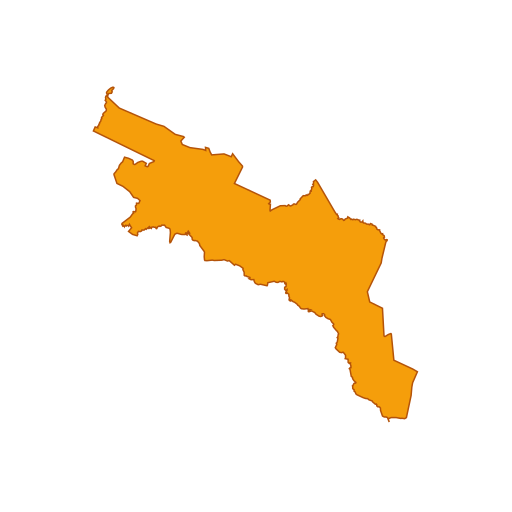 Muhoroni, Nyanza, Kenya, rotated 25°
{"feature_id": "3690345B3784519095047", "entity_name": "Muhoroni", "entity_type": "district", "adm_level": 2, "iso_a3": "KEN", "parent_name": "Kenya", "parent_adm1": "Nyanza", "projection": "orthographic", "projection_center": [35.071, -0.126], "detail": "fine", "context": "isolated", "style": "filled", "palette": "amber", "viewbox_px": 512, "rotation_deg": 25, "n_neighbors": 0, "source": "geoboundaries", "source_scale": "gbopen_adm2", "svg_char_len": 6114}
<svg xmlns="http://www.w3.org/2000/svg" viewBox="0 0 512 512"><g transform="rotate(25 256 256)"><path d="M446.9,350.2L444.6,347.6L446.8,345.3L451.3,343.2L456.0,342.0L456.8,341.4L459.5,340.6L460.6,338.9L455.5,316.8L452.6,308.9L451.5,304.6L451.2,292.7L445.8,292.2L425.0,292.2L411.6,269.5L411.0,269.3L409.1,271.2L407.1,274.3L406.3,274.6L405.6,274.0L392.7,249.9L378.5,249.6L372.0,241.3L372.4,209.4L371.1,204.8L367.9,189.0L367.8,187.3L368.3,186.8L368.1,185.9L367.5,185.9L366.5,186.8L365.9,186.8L364.3,186.1L364.0,185.5L364.5,184.7L363.5,183.4L361.7,183.1L361.3,182.3L360.6,182.8L359.8,182.7L357.3,180.8L357.0,180.1L355.5,180.7L354.1,180.5L353.3,179.4L352.5,179.3L352.0,178.6L349.0,178.6L348.4,178.9L347.8,178.1L346.1,178.2L345.9,179.6L345.4,179.8L344.8,179.5L342.7,180.4L341.5,180.0L339.4,180.6L338.8,180.4L338.0,179.1L337.7,180.5L336.3,181.1L335.1,180.5L334.9,179.7L333.9,180.0L331.9,180.1L330.8,181.1L328.9,181.4L328.6,182.1L328.0,182.3L327.1,182.1L326.6,182.8L324.7,181.9L322.7,181.7L323.0,182.9L321.2,184.8L321.0,186.2L320.4,186.7L319.0,186.0L318.1,186.0L317.2,186.3L316.4,187.5L315.0,187.7L314.5,187.5L315.1,186.9L314.8,186.3L314.2,186.1L313.4,184.9L312.2,184.5L312.0,183.8L311.3,184.2L308.8,182.7L280.7,163.2L277.9,161.8L276.6,164.3L277.4,165.5L277.3,167.2L278.1,167.2L278.4,168.1L278.4,169.1L277.6,169.5L277.3,170.3L278.1,171.4L278.2,173.1L278.6,173.8L277.8,174.0L277.9,174.7L278.0,175.4L278.5,176.1L277.8,177.9L277.1,178.2L277.1,179.0L276.6,179.6L275.7,179.4L275.3,180.5L273.3,181.4L271.9,185.5L272.3,186.1L271.0,189.7L270.8,192.0L270.4,192.4L268.8,192.6L268.0,193.1L267.8,194.1L266.3,196.0L265.6,196.2L263.9,195.8L262.9,197.8L262.0,198.2L261.1,198.0L256.8,200.2L251.0,207.3L249.9,209.2L249.4,208.7L247.2,203.0L246.0,203.4L245.4,203.2L246.2,201.0L245.2,199.4L205.8,199.4L206.2,181.0L205.7,180.2L200.6,178.0L191.6,173.2L191.6,176.5L183.9,177.0L173.1,183.1L170.3,181.0L167.7,178.4L164.3,178.9L165.8,181.6L162.9,181.8L150.3,185.7L142.1,186.1L139.3,183.6L140.8,178.7L139.8,178.4L131.3,179.9L117.8,177.4L109.7,178.6L69.6,179.7L54.7,174.8L53.9,173.6L53.7,171.1L56.2,169.6L56.3,168.0L55.3,167.2L56.2,164.4L56.0,163.4L55.1,163.4L54.6,163.8L53.4,165.2L52.1,167.9L51.4,170.6L51.6,171.4L52.7,172.3L53.0,173.0L52.9,174.3L52.4,174.6L52.6,175.9L53.7,177.5L53.5,178.6L55.3,179.5L55.7,180.4L55.3,181.2L55.3,183.6L56.6,185.1L58.3,186.1L58.9,187.7L57.3,191.4L57.4,192.5L58.3,193.1L57.5,195.5L57.6,196.3L58.2,196.7L57.9,198.0L58.3,199.1L57.9,201.3L58.3,202.2L57.9,203.0L58.3,203.6L57.8,205.6L58.4,206.7L55.7,207.0L55.8,211.4L123.5,212.6L123.6,213.5L120.3,217.2L120.3,220.1L120.1,220.8L119.2,221.1L117.4,221.1L117.4,218.4L113.2,218.0L111.9,218.6L109.3,221.2L107.8,224.0L107.0,224.5L105.7,224.3L104.7,222.1L103.4,221.3L99.2,221.3L95.1,222.0L95.3,227.1L94.6,228.4L93.9,231.5L94.4,235.1L93.7,236.3L93.3,239.1L92.6,241.4L92.9,242.3L99.3,249.0L106.0,249.1L114.4,251.1L120.3,254.6L124.3,253.8L127.5,254.8L127.5,257.9L125.4,258.6L126.1,260.4L125.6,261.6L126.1,262.6L127.4,263.9L128.2,266.6L127.8,267.1L126.4,267.3L125.9,268.1L126.9,268.9L126.3,270.1L125.6,273.9L120.8,283.1L121.1,284.0L122.0,284.0L122.0,284.8L122.8,285.3L123.4,284.6L124.2,285.0L124.0,284.4L124.8,284.1L125.0,283.3L125.7,283.6L125.8,283.0L127.4,282.4L128.0,282.7L127.9,280.8L131.3,283.0L130.1,287.6L135.0,288.6L139.7,287.9L139.7,286.3L138.8,285.2L139.1,283.3L140.7,282.9L141.7,281.7L141.6,280.7L143.6,279.8L144.4,277.9L145.2,278.2L146.1,276.2L147.3,276.4L147.7,275.8L146.7,275.0L146.9,274.4L148.7,275.2L149.5,275.2L149.2,274.1L150.6,273.0L151.6,273.0L153.0,272.3L153.8,273.3L154.4,273.2L154.6,270.9L155.6,269.7L156.4,269.8L157.4,268.8L157.5,267.9L160.1,266.7L162.5,268.1L165.4,267.6L166.4,267.8L167.1,268.5L168.5,270.9L171.6,279.3L172.5,280.3L172.9,279.6L173.2,270.6L174.5,269.0L175.4,268.6L179.3,268.0L182.3,266.7L182.5,266.1L184.6,266.1L184.3,265.6L183.0,265.4L182.6,264.8L183.3,264.4L184.2,264.7L184.9,264.5L184.0,262.8L184.1,262.1L186.3,263.4L186.0,264.2L186.4,264.7L190.2,266.2L191.2,267.9L192.0,268.3L193.6,268.2L194.1,267.7L196.7,267.3L199.4,268.6L200.7,270.3L207.2,273.8L207.7,274.3L209.4,278.6L211.0,281.3L211.6,281.7L213.5,281.0L218.1,278.2L220.1,277.7L226.7,274.3L228.6,272.8L232.3,272.6L233.7,271.5L240.4,273.5L241.0,272.1L245.3,271.8L249.5,272.6L249.9,273.9L252.1,275.7L253.5,278.5L254.4,278.7L255.8,278.1L256.4,278.4L259.6,278.0L259.8,278.8L259.3,279.5L261.5,279.6L264.0,278.3L265.2,279.8L266.4,280.7L267.2,281.0L270.1,281.1L272.0,279.7L278.6,278.3L278.7,277.7L278.0,275.2L283.2,271.2L285.4,271.3L287.0,270.7L288.4,268.9L290.5,268.5L290.9,267.8L291.9,267.4L293.0,267.7L293.9,268.9L294.5,269.0L294.6,267.9L295.2,268.4L296.1,271.0L295.2,272.2L296.0,274.0L297.6,274.7L298.3,273.2L298.6,273.7L298.4,276.6L298.9,277.2L299.5,277.0L299.4,276.2L301.9,276.8L302.7,278.4L303.9,279.5L304.5,281.8L305.1,282.1L306.1,282.3L306.9,281.7L306.2,281.1L306.9,281.1L308.8,281.7L310.6,281.6L314.0,282.4L314.5,282.9L316.4,283.2L318.4,284.4L319.4,284.6L321.9,283.8L325.3,281.7L325.8,282.4L327.7,281.8L326.5,283.3L326.9,284.2L327.5,284.2L329.6,282.3L333.1,282.4L335.0,283.4L338.6,283.9L340.2,283.5L341.2,282.5L341.5,281.9L340.7,281.3L340.4,280.4L341.7,279.7L343.1,280.3L343.3,281.1L345.2,282.1L347.7,282.4L350.3,282.1L352.7,283.9L355.0,284.7L355.4,285.3L355.1,286.8L355.9,287.1L356.3,287.7L360.8,289.8L361.5,289.8L363.8,291.7L363.7,292.6L364.3,294.4L364.1,295.7L365.0,295.8L365.9,299.2L366.0,300.4L365.6,301.1L366.6,302.1L366.6,305.6L367.9,306.4L372.5,307.9L374.5,307.4L375.5,306.4L376.7,306.8L379.1,308.1L380.2,310.5L380.2,311.3L383.1,310.7L384.5,313.5L385.8,313.9L386.1,313.2L386.9,313.0L387.0,313.9L388.4,315.4L389.2,317.0L388.6,317.3L388.2,318.7L389.0,318.9L393.2,324.8L394.7,325.2L395.5,326.4L397.5,327.6L399.9,328.3L400.0,329.1L398.9,329.7L398.6,330.6L398.6,332.3L398.3,333.0L398.8,333.4L399.6,335.1L400.6,335.7L401.3,335.6L402.1,337.1L403.3,337.3L404.9,338.8L406.2,339.1L412.9,339.1L415.7,338.8L417.4,338.1L419.1,338.6L422.6,338.3L423.3,338.9L426.8,339.9L427.6,339.3L428.2,339.6L428.8,340.8L430.0,341.2L431.7,340.6L433.0,341.2L434.2,343.4L438.3,347.6L439.8,347.7L440.9,347.5L441.9,346.9L443.5,346.9L446.9,350.2Z" fill="#f59e0b" stroke="#b45309" stroke-width="1.5"/></g></svg>